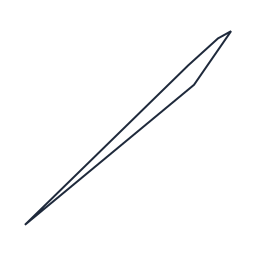 Manihiki, Equal Earth projection, rotated 87°
{"feature_id": "COK-4961", "entity_name": "Manihiki", "entity_type": "state/province", "adm_level": 1, "iso_a3": "COK", "parent_name": "Cook Islands", "parent_adm1": "", "projection": "equal_earth", "projection_center": [-160.98, -10.397], "detail": "fine", "context": "isolated", "style": "outline", "palette": "slate", "viewbox_px": 256, "rotation_deg": 87, "n_neighbors": 0, "source": "natural_earth", "source_scale": "10m", "svg_char_len": 227}
<svg xmlns="http://www.w3.org/2000/svg" viewBox="0 0 256 256"><g transform="rotate(87 128 128)"><path d="M68.6,64.6L43.2,33.4L36.7,20.0L88.3,59.8L219.3,236.0L68.6,64.6Z" fill="none" stroke="#1e293b" stroke-width="2"/></g></svg>